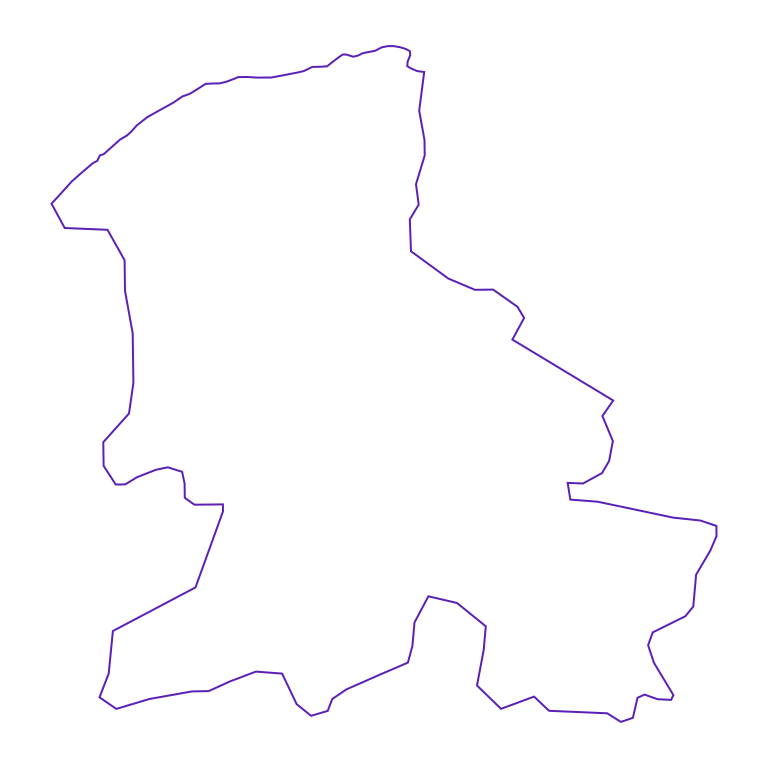 Ashotck, Shirak, Armenia (Equal Earth projection)
{"feature_id": "60910142B98971197356492", "entity_name": "Ashotck", "entity_type": "district", "adm_level": 2, "iso_a3": "ARM", "parent_name": "Armenia", "parent_adm1": "Shirak", "projection": "equal_earth", "projection_center": [43.919, 41.033], "detail": "fine", "context": "isolated", "style": "outline", "palette": "violet", "viewbox_px": 768, "rotation_deg": 0, "n_neighbors": 0, "source": "geoboundaries", "source_scale": "gbopen_adm2", "svg_char_len": 1913}
<svg xmlns="http://www.w3.org/2000/svg" viewBox="0 0 768 768"><path d="M716.4,525.9L700.3,520.5L678.5,518.2L673.0,517.6L597.6,501.7L570.3,499.6L567.7,482.9L583.0,483.5L602.1,473.0L609.1,461.0L612.9,441.1L608.6,430.8L605.1,422.5L602.4,416.0L613.2,400.5L512.4,339.6L524.1,318.0L517.6,306.9L493.1,289.6L474.9,289.8L448.4,278.6L411.0,251.3L409.8,219.4L418.7,204.6L416.0,184.2L424.7,155.5L424.5,140.0L419.2,110.7L424.2,72.0L417.3,71.1L411.0,68.4L407.3,66.2L407.6,61.7L410.3,55.0L409.8,51.1L405.6,48.9L399.6,47.1L393.5,46.1L387.9,46.1L381.8,47.3L375.1,50.8L368.7,52.0L362.7,53.2L358.2,55.5L353.3,56.7L346.1,54.5L342.7,54.5L339.4,56.8L332.3,62.1L327.1,66.3L319.5,66.8L312.4,66.9L303.7,71.1L296.6,72.7L284.2,75.1L271.4,77.5L257.1,77.6L247.7,77.0L238.2,77.1L234.5,78.7L226.2,81.8L219.5,83.4L212.3,83.5L205.5,83.9L198.4,88.5L189.8,93.8L182.3,96.5L173.4,102.6L158.0,111.1L147.2,117.2L136.7,125.5L131.2,131.6L127.1,135.4L120.0,139.6L113.3,145.6L103.9,154.0L99.8,155.5L97.3,160.8L92.4,163.5L80.5,173.7L71.9,181.3L58.9,195.7L57.9,196.8L54.6,200.3L51.5,203.6L64.7,228.0L107.5,229.8L113.9,241.2L124.6,260.2L125.0,290.9L132.7,333.3L133.4,382.8L131.6,395.5L129.0,413.5L103.3,442.2L103.6,465.8L115.7,484.5L125.2,484.4L137.0,477.2L155.9,469.8L167.8,467.3L182.1,471.8L184.6,483.6L184.8,497.8L194.4,504.7L222.9,504.4L223.0,511.4L195.5,587.4L112.9,631.0L108.7,673.6L99.5,697.3L116.3,708.9L149.4,699.0L192.1,691.4L208.7,691.1L230.0,681.4L255.9,671.6L282.1,673.6L296.7,704.2L311.1,715.8L327.7,710.9L332.3,699.0L346.4,689.4L379.5,674.8L407.9,662.6L412.4,646.0L414.5,622.4L428.4,596.3L457.0,603.0L485.8,626.3L483.7,649.9L477.0,685.5L501.0,708.8L534.1,696.6L549.1,710.8L607.2,713.3L620.9,721.9L632.9,717.8L637.5,697.8L644.6,694.6L657.5,699.2L671.1,699.9L673.4,695.1L653.9,662.7L648.1,645.2L652.7,632.4L685.4,616.2L693.3,606.5L696.1,574.7L710.3,550.6L714.7,540.3L716.5,536.3L716.4,525.9Z" fill="none" stroke="#5b21b6" stroke-width="2"/></svg>